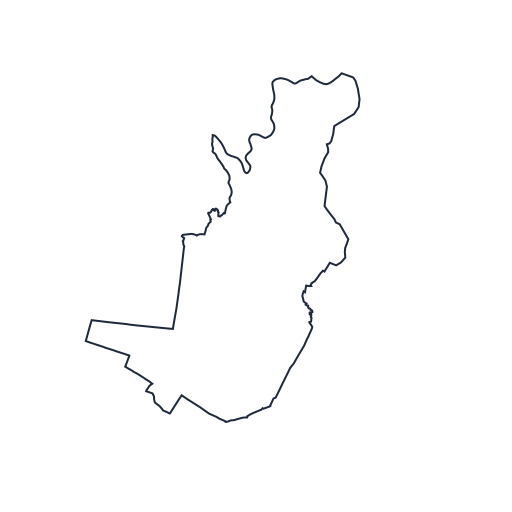 Sacu, Caras-Severin, Romania, rotated 322°
{"feature_id": "2599482B680893126759", "entity_name": "Sacu", "entity_type": "district", "adm_level": 2, "iso_a3": "ROU", "parent_name": "Romania", "parent_adm1": "Caras-Severin", "projection": "orthographic", "projection_center": [22.117, 45.574], "detail": "fine", "context": "isolated", "style": "outline", "palette": "slate", "viewbox_px": 512, "rotation_deg": 322, "n_neighbors": 0, "source": "geoboundaries", "source_scale": "gbopen_adm2", "svg_char_len": 6032}
<svg xmlns="http://www.w3.org/2000/svg" viewBox="0 0 512 512"><g transform="rotate(322 256 256)"><path d="M87.8,319.4L87.6,320.0L87.6,320.3L89.5,323.8L91.1,327.1L106.5,321.7L111.7,320.0L112.2,321.8L112.8,323.5L112.9,323.9L113.2,324.8L113.3,325.3L118.8,340.7L122.0,351.4L125.9,358.6L125.9,358.9L125.9,359.0L126.7,360.4L126.6,360.9L130.1,367.3L129.8,367.7L130.1,368.2L131.6,369.1L134.0,369.7L135.2,370.2L136.6,371.2L138.2,372.1L139.5,372.5L146.2,375.3L147.8,376.4L149.6,377.8L150.4,376.9L154.0,377.3L155.9,377.7L160.5,378.9L165.7,380.4L166.9,380.1L167.5,380.0L167.8,380.9L174.8,383.2L175.1,383.0L175.1,382.6L182.0,379.1L184.2,379.7L190.8,376.6L197.8,373.1L207.4,368.5L214.1,365.2L219.4,364.0L224.9,361.7L230.4,359.5L238.5,356.4L245.7,352.5L247.8,351.7L248.1,351.4L251.8,349.5L255.3,347.6L256.7,346.5L257.0,344.2L257.1,342.9L257.0,341.8L257.4,340.9L258.9,341.6L260.0,340.7L260.6,339.8L261.3,339.4L261.7,338.8L261.7,338.2L261.6,337.9L262.9,337.0L263.6,335.9L263.1,335.5L262.5,335.5L262.4,335.0L263.2,333.8L263.8,333.7L265.4,334.9L266.0,334.9L266.6,333.6L266.1,331.8L265.9,331.8L266.2,331.0L265.9,330.1L265.4,329.7L265.4,328.7L266.5,327.2L265.3,325.7L265.2,324.9L266.5,324.5L266.0,323.2L265.6,321.1L266.4,319.6L267.9,316.0L269.6,314.6L271.8,313.2L272.3,314.7L277.3,310.2L279.3,312.4L281.0,313.6L281.1,312.6L282.7,311.7L283.3,312.0L284.0,311.7L285.7,311.9L287.0,312.0L288.6,311.5L288.8,311.6L296.0,309.4L299.8,308.8L300.1,309.4L300.4,310.4L310.0,306.8L313.4,312.7L319.1,313.4L325.4,312.2L328.5,307.5L331.2,304.6L333.4,303.3L335.5,302.0L337.6,300.6L339.1,299.6L341.5,282.5L339.6,278.8L340.5,275.1L340.4,270.9L340.4,266.7L340.5,262.4L340.7,258.9L354.6,245.0L357.2,239.1L357.4,236.4L357.6,233.7L357.7,229.9L362.8,225.7L370.4,221.1L376.7,218.7L378.8,216.0L380.6,211.6L383.3,212.6L386.0,211.8L391.6,207.7L397.7,201.8L420.8,204.5L428.6,201.8L434.2,196.1L439.3,186.8L442.3,179.0L442.5,175.1L436.0,164.8L430.8,165.4L429.1,165.3L424.4,165.4L422.6,165.3L419.4,164.8L417.6,164.2L415.4,162.1L413.3,158.4L411.7,154.6L411.0,151.4L410.6,148.6L406.0,148.4L404.2,147.3L402.4,146.6L400.1,145.5L398.4,145.0L394.0,144.5L393.5,144.4L392.8,144.0L392.4,143.6L392.0,143.0L391.5,141.5L390.1,138.2L389.4,136.7L388.0,134.6L386.7,133.0L385.4,131.5L384.2,130.7L382.9,130.0L381.0,129.2L380.1,129.0L379.1,128.8L378.4,128.9L377.0,129.0L375.9,129.4L374.9,130.4L374.0,131.8L372.2,135.0L369.9,139.8L369.2,140.9L368.1,142.4L367.2,143.4L366.1,144.4L364.9,145.2L362.9,146.4L361.4,146.9L360.3,147.8L359.6,148.9L359.0,150.6L358.3,151.5L357.7,152.2L356.8,153.1L355.6,154.2L354.0,155.2L353.0,156.2L352.6,156.8L352.1,157.7L352.0,159.1L351.7,161.3L351.4,162.8L350.8,164.1L349.9,165.6L348.8,167.0L347.5,167.9L345.2,169.0L342.6,169.8L341.1,169.8L338.5,169.4L337.0,169.1L335.8,168.5L334.7,166.6L332.8,162.3L331.7,161.0L330.0,159.3L328.4,158.3L326.8,158.0L325.2,158.3L323.8,158.9L322.3,160.0L321.5,161.3L320.9,162.6L320.6,164.1L319.3,167.5L318.5,169.0L317.4,169.6L316.0,170.1L313.5,170.2L310.9,170.6L309.8,171.0L308.9,171.7L308.0,172.5L307.7,173.4L307.3,174.5L307.2,175.4L307.2,179.1L307.1,181.2L306.4,182.4L305.4,183.3L303.7,184.6L301.9,185.1L300.4,185.3L299.4,184.7L299.0,183.6L299.0,182.6L299.2,181.1L300.0,179.3L301.1,176.4L301.8,174.7L302.1,172.3L302.1,171.4L302.0,169.5L301.9,168.5L301.6,167.3L300.9,166.1L299.6,164.1L297.9,161.7L296.6,159.1L296.2,158.0L296.0,157.3L296.1,155.7L297.3,151.2L298.1,146.6L298.3,144.5L298.1,139.6L298.0,138.2L297.8,136.3L297.2,135.1L296.3,134.1L295.2,135.6L293.9,136.6L291.8,139.5L291.1,139.9L290.5,140.4L289.6,141.9L288.3,145.0L286.2,146.7L286.1,148.1L286.8,150.2L286.8,150.6L286.5,152.6L286.0,154.2L285.8,155.6L285.7,156.6L285.8,159.2L285.5,164.1L285.3,165.7L284.8,167.4L284.9,168.5L285.1,169.3L285.2,170.6L285.1,172.7L284.6,175.7L284.3,176.5L283.2,178.3L282.4,179.3L281.2,180.1L280.0,180.8L279.3,181.4L279.1,182.3L278.8,184.1L278.1,186.7L277.4,188.6L276.6,190.1L275.5,191.4L274.1,192.5L273.2,193.0L272.2,193.3L271.1,193.8L270.5,194.4L269.1,196.8L268.8,197.9L268.2,197.9L266.4,198.0L264.7,198.2L263.5,198.6L262.1,199.6L259.4,201.8L257.8,203.2L257.6,203.2L257.5,202.5L257.2,202.3L254.1,202.8L253.8,202.6L253.5,202.6L252.2,202.8L251.9,202.6L251.7,202.2L251.5,201.9L251.1,201.7L250.9,201.2L253.4,198.6L253.2,197.9L253.3,197.6L254.0,196.7L253.8,196.4L254.1,195.8L253.8,195.6L253.9,195.1L253.8,194.5L253.6,194.0L253.2,193.8L252.6,194.0L251.7,194.8L251.3,195.0L251.1,194.6L250.8,193.9L251.2,193.6L251.3,193.3L251.4,193.0L251.2,192.7L250.9,192.4L249.4,192.6L247.7,193.5L246.5,193.6L246.0,193.4L245.2,192.6L244.9,192.6L244.6,192.9L244.3,193.5L244.2,194.5L243.8,196.4L243.0,199.4L242.6,199.3L242.3,199.3L241.4,201.1L238.9,201.3L238.4,201.4L237.2,202.2L236.2,202.7L234.9,203.0L233.9,203.3L231.9,205.0L228.7,207.3L228.2,206.7L225.4,204.4L223.5,203.6L222.0,203.4L222.0,203.1L220.9,201.4L220.0,200.1L218.7,198.8L217.9,198.3L211.4,194.3L209.8,194.6L209.8,195.6L210.4,197.7L207.6,199.5L207.4,199.4L206.9,200.7L206.2,201.7L205.8,202.4L205.6,203.2L205.5,204.1L202.8,206.6L199.9,209.6L183.5,226.3L179.4,230.5L175.3,234.4L171.2,238.5L160.6,248.7L151.8,256.6L145.6,262.3L140.9,257.9L119.2,237.2L114.8,232.9L111.9,229.8L99.7,218.0L87.0,205.4L84.3,207.3L69.5,218.2L71.7,221.7L80.1,234.2L80.7,235.4L81.8,236.9L83.9,240.0L85.9,242.9L87.1,244.9L89.7,248.7L90.6,250.0L92.4,252.6L93.6,254.6L94.0,255.1L94.9,256.4L94.9,256.5L91.6,258.6L86.2,261.9L84.8,262.7L85.2,263.5L85.7,265.1L86.1,266.2L86.5,266.9L86.7,267.6L87.2,268.5L87.4,269.3L88.0,270.8L88.0,271.1L88.5,272.4L89.1,273.8L89.6,274.7L89.9,275.6L90.3,276.5L90.5,277.2L90.8,278.0L90.9,278.4L91.1,278.8L91.4,279.4L91.6,280.3L91.8,280.6L91.9,281.1L92.0,281.4L92.6,283.0L93.1,284.7L93.3,285.5L93.7,286.3L94.2,287.8L94.6,288.8L94.7,289.4L94.8,289.8L95.0,290.3L95.0,290.6L95.6,292.8L92.8,292.7L91.6,292.9L90.9,293.1L90.2,293.4L88.5,293.9L86.9,294.5L86.2,294.9L89.8,300.5L89.9,300.8L89.8,301.1L89.4,302.3L89.4,302.7L89.4,303.2L89.3,303.5L89.2,303.8L89.0,304.1L88.4,304.9L87.4,306.3L86.5,308.3L86.2,309.1L86.2,309.4L86.2,309.8L87.4,314.0L87.5,314.4L87.6,314.8L87.8,319.4Z" fill="none" stroke="#1e293b" stroke-width="2"/></g></svg>